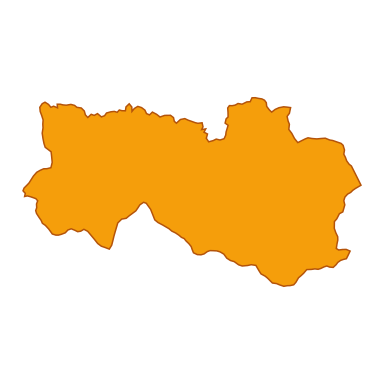 Aguaí, São Paulo, Brazil (Robinson projection)
{"feature_id": "56859067B42801788146128", "entity_name": "Aguaí", "entity_type": "district", "adm_level": 2, "iso_a3": "BRA", "parent_name": "Brazil", "parent_adm1": "São Paulo", "projection": "robinson", "projection_center": [-47.051, -22.058], "detail": "fine", "context": "isolated", "style": "filled", "palette": "amber", "viewbox_px": 384, "rotation_deg": 0, "n_neighbors": 0, "source": "geoboundaries", "source_scale": "gbopen_adm2", "svg_char_len": 3402}
<svg xmlns="http://www.w3.org/2000/svg" viewBox="0 0 384 384"><path d="M290.6,107.6L286.9,107.1L283.6,106.8L279.0,107.7L275.2,109.4L271.7,112.1L269.5,110.1L266.7,106.4L266.3,102.7L264.5,100.2L261.9,98.9L258.6,98.4L255.2,97.7L252.0,97.8L250.2,101.7L246.8,101.9L242.1,104.2L238.0,103.5L235.2,105.1L232.1,105.7L229.4,105.6L227.7,108.0L228.0,112.1L228.1,116.9L226.1,118.9L225.1,123.1L228.1,125.3L227.0,129.0L226.1,131.9L225.7,135.2L224.1,138.7L220.0,140.0L216.2,139.1L213.2,140.6L208.7,141.8L206.3,138.3L207.5,134.0L204.0,132.2L205.7,128.9L201.7,129.6L203.0,126.8L202.1,122.8L197.9,123.3L195.3,122.7L191.4,121.3L188.2,120.2L184.8,118.6L180.4,119.5L176.4,123.2L174.3,121.3L173.5,117.6L170.5,115.3L164.7,115.4L160.0,117.0L156.6,114.3L152.4,112.1L149.5,114.9L146.5,113.6L144.9,110.1L141.6,107.6L137.8,106.4L134.3,108.5L132.0,111.4L131.8,107.0L129.2,103.8L126.0,106.9L125.4,110.8L121.9,110.7L119.3,110.0L117.2,112.3L114.3,111.4L110.8,111.8L106.5,113.0L104.6,115.7L101.4,116.9L97.5,113.6L94.2,115.4L91.2,114.3L87.8,117.5L85.4,114.9L84.3,111.0L81.3,108.0L76.8,107.3L74.6,105.4L70.9,104.4L66.3,105.2L63.0,104.9L60.2,104.2L57.2,104.2L57.5,107.8L53.6,106.2L50.9,107.3L48.5,104.4L45.0,102.2L42.2,103.7L39.8,107.3L40.2,111.5L41.7,115.5L43.1,119.9L42.8,124.1L43.0,127.9L42.2,133.2L43.0,138.7L44.0,143.6L45.2,147.3L48.0,149.4L51.1,151.8L51.6,156.1L52.2,162.4L50.9,167.7L46.9,168.7L43.6,168.8L40.2,170.3L36.7,172.3L33.4,176.1L29.0,183.0L27.0,185.1L24.1,188.0L23.0,190.8L25.3,193.4L24.6,196.5L27.3,195.9L30.4,196.7L33.3,197.7L35.8,198.6L37.7,200.8L36.5,204.0L36.7,207.7L35.7,210.6L36.5,213.4L39.0,217.3L41.1,220.3L42.4,223.3L45.4,225.4L48.7,229.0L52.3,234.0L55.8,235.1L58.5,235.1L61.4,234.3L65.3,232.8L67.9,230.0L71.2,228.8L74.7,230.2L77.7,231.7L80.7,231.2L83.9,229.3L87.7,231.3L94.3,239.2L97.7,243.5L101.3,246.2L105.1,247.5L109.3,249.1L111.7,245.2L112.8,240.9L114.0,235.9L115.2,231.7L117.8,222.9L121.7,219.1L126.2,218.3L129.3,215.7L132.7,213.2L135.8,210.9L137.6,208.3L139.9,204.8L143.6,202.3L146.3,203.3L148.3,206.1L150.6,209.3L152.4,213.8L154.8,219.9L158.1,222.6L162.7,225.0L166.1,227.0L169.0,228.7L171.8,231.1L175.5,232.9L178.8,235.1L181.4,237.3L184.2,238.6L186.0,240.9L188.9,243.7L191.2,246.6L192.2,249.6L193.5,252.8L197.3,254.6L201.0,254.8L204.1,253.9L207.3,251.6L210.0,250.6L213.2,250.7L216.8,250.9L220.1,251.9L223.8,254.1L226.8,258.2L230.4,260.5L234.2,261.6L238.6,264.8L242.2,266.0L247.7,265.5L251.2,264.7L255.9,265.4L258.9,270.6L261.0,273.9L265.2,276.2L267.4,278.0L269.9,280.5L272.4,283.0L276.6,283.6L279.4,284.8L283.8,286.3L287.2,285.7L290.2,285.6L293.7,284.8L295.9,282.3L298.5,277.8L301.0,275.7L303.6,273.3L306.7,269.6L311.5,269.4L314.9,268.9L318.1,269.3L320.7,268.5L324.0,266.9L326.8,266.0L329.7,267.1L333.2,267.4L336.1,264.7L337.8,262.4L340.6,260.4L343.5,259.4L346.4,258.7L348.1,255.3L350.1,251.1L346.2,249.4L342.6,249.5L338.7,250.0L336.3,248.5L337.0,243.9L337.8,240.1L337.7,236.7L335.8,232.7L334.3,228.4L334.4,221.6L336.8,218.8L339.4,213.7L342.8,211.9L344.8,204.9L343.8,200.7L344.9,197.1L347.6,194.1L350.7,192.4L352.8,190.3L355.4,188.5L361.0,185.2L351.4,166.0L349.1,164.2L346.7,160.9L345.4,157.3L343.8,154.2L344.5,150.0L343.1,145.3L341.1,143.4L332.7,140.5L329.7,140.0L325.3,138.2L321.0,138.5L316.8,138.9L312.0,138.5L308.0,137.8L305.2,138.9L297.8,142.6L294.5,138.5L291.8,133.4L288.8,129.4L289.4,124.3L288.1,121.0L287.1,116.4L289.4,113.3L290.6,107.6Z" fill="#f59e0b" stroke="#b45309" stroke-width="1.5"/></svg>